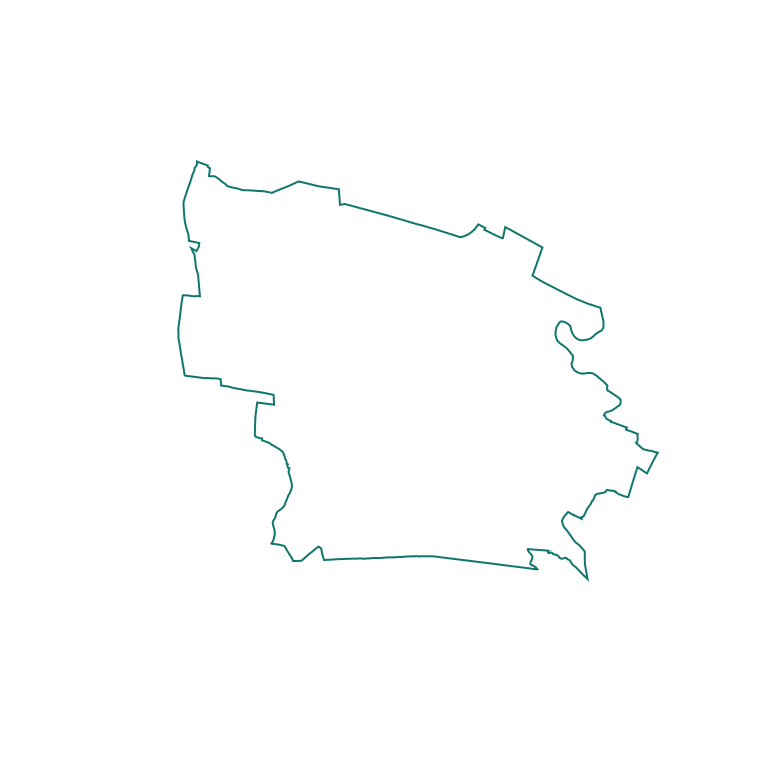 Stolniceni-Prajescu, Iasi, Romania, rotated 31°
{"feature_id": "2599482B99499640370979", "entity_name": "Stolniceni-Prajescu", "entity_type": "district", "adm_level": 2, "iso_a3": "ROU", "parent_name": "Romania", "parent_adm1": "Iasi", "projection": "equal_earth", "projection_center": [26.758, 47.184], "detail": "fine", "context": "isolated", "style": "outline", "palette": "teal", "viewbox_px": 768, "rotation_deg": 31, "n_neighbors": 0, "source": "geoboundaries", "source_scale": "gbopen_adm2", "svg_char_len": 6165}
<svg xmlns="http://www.w3.org/2000/svg" viewBox="0 0 768 768"><g transform="rotate(31 384 384)"><path d="M369.9,578.8L374.0,576.9L377.6,575.5L381.8,574.2L382.5,574.2L387.2,576.9L393.3,580.0L395.6,581.3L397.2,582.6L404.1,578.2L405.0,576.0L407.2,568.8L409.0,564.2L411.5,557.1L414.9,557.3L418.4,561.4L419.8,562.6L422.6,565.2L423.3,565.8L427.3,562.9L428.8,562.2L429.5,561.5L435.0,557.7L439.2,555.0L444.0,551.8L450.8,547.6L453.5,545.7L457.2,543.9L458.0,543.2L461.3,541.0L463.6,539.3L467.3,536.9L468.9,536.1L473.6,532.8L474.9,531.8L477.6,530.0L481.7,527.6L483.6,526.2L487.4,523.7L489.8,521.9L495.8,517.9L501.1,514.5L502.4,514.1L503.6,513.1L509.7,509.4L512.6,507.8L514.4,506.6L570.5,481.7L583.8,475.9L603.5,467.2L610.4,464.3L610.9,463.8L608.9,463.2L607.7,463.0L605.7,462.8L603.4,463.2L602.6,463.2L602.2,463.0L601.9,462.5L601.3,461.1L601.0,457.6L600.7,456.6L600.1,455.5L599.6,455.1L598.6,454.6L597.1,454.0L594.7,453.3L593.1,452.4L592.4,451.7L592.4,451.4L594.8,450.1L596.5,449.4L608.5,443.3L611.0,442.3L610.8,442.9L610.8,443.4L611.3,444.0L611.8,444.1L612.2,444.1L612.7,443.9L614.2,442.2L615.2,442.1L616.4,442.7L616.9,442.7L617.6,442.5L618.8,441.9L620.1,441.6L621.0,441.6L622.8,441.9L623.8,442.4L624.8,442.6L626.0,442.4L627.1,441.7L629.0,439.4L629.8,439.3L631.8,439.7L633.4,439.4L634.5,439.7L637.4,441.2L638.6,441.6L639.8,441.9L642.6,442.2L654.4,445.4L658.9,446.3L654.2,441.0L648.6,434.4L647.4,432.4L646.2,430.6L642.8,424.8L642.3,424.2L638.9,423.0L637.0,422.5L635.8,421.8L629.5,421.0L627.3,420.2L624.5,419.0L616.3,415.3L612.3,414.1L609.3,412.0L607.2,409.8L606.6,407.3L606.7,404.8L607.3,400.9L607.8,398.9L610.6,398.8L614.3,398.8L614.2,398.5L618.6,398.2L623.0,397.8L622.8,397.5L622.2,397.5L622.1,397.2L621.7,397.1L621.7,396.8L622.2,395.8L623.0,395.2L623.2,394.6L623.0,390.5L622.5,388.5L622.6,383.9L622.9,381.7L623.0,379.7L622.6,378.0L622.7,377.0L622.8,376.7L623.0,376.5L623.1,375.5L622.9,374.1L622.4,371.2L622.2,370.7L622.7,369.7L622.9,368.9L625.5,366.4L627.5,364.8L629.3,362.9L629.5,362.6L629.3,361.1L629.4,360.5L629.8,360.0L631.7,359.1L634.1,358.3L634.6,358.0L634.8,357.6L635.8,357.4L637.9,356.9L638.1,357.4L641.5,357.5L642.5,357.4L647.6,356.5L650.7,355.6L651.6,355.0L647.2,337.8L644.1,324.8L648.5,324.9L649.0,324.8L650.6,325.0L655.5,325.2L654.5,313.8L653.9,301.8L651.2,302.8L649.7,303.2L648.1,303.4L645.7,304.5L641.8,305.8L639.8,306.3L638.9,306.3L634.0,305.4L630.2,304.5L630.5,303.9L630.6,303.4L630.6,302.8L630.4,302.0L630.1,301.1L629.1,299.5L627.5,297.2L627.3,296.1L620.2,297.4L614.9,298.6L614.8,298.4L614.6,296.3L608.7,297.4L604.2,298.3L602.2,298.6L599.3,299.2L598.2,299.7L597.6,298.8L596.8,299.0L593.7,299.2L592.5,299.1L590.6,298.2L590.2,297.6L589.0,297.7L588.5,297.5L588.6,294.8L589.1,293.5L591.2,291.5L593.0,289.4L596.8,280.8L596.9,279.4L595.4,276.3L594.8,275.6L594.2,275.4L592.8,275.0L589.3,274.7L581.6,274.3L579.3,274.5L578.3,274.1L577.0,271.9L576.2,270.2L571.1,268.9L561.7,267.4L557.8,267.3L555.2,268.2L552.7,269.7L550.5,271.7L547.6,273.6L543.7,274.4L540.5,274.3L536.4,272.5L534.3,270.1L533.7,266.9L532.5,264.3L531.3,262.5L524.4,259.9L522.1,259.3L517.9,258.7L514.0,258.5L510.2,257.6L507.2,255.1L504.9,252.5L502.6,246.8L502.7,240.9L503.7,239.0L504.9,238.4L506.4,238.0L508.6,237.7L511.2,237.8L513.2,238.2L514.6,239.2L516.7,241.4L519.8,243.8L522.7,245.2L524.3,245.6L527.3,245.9L530.3,245.1L533.1,243.3L535.6,241.0L537.5,238.7L538.5,236.4L539.1,234.5L539.7,232.2L542.1,227.2L543.0,226.0L543.1,223.0L541.8,220.5L540.1,217.6L530.1,207.1L524.4,208.6L520.6,209.2L520.5,209.6L515.2,210.5L505.7,212.0L497.0,212.7L492.5,213.1L489.5,213.2L486.5,213.5L472.4,214.4L470.3,214.6L465.4,214.8L455.5,214.7L449.5,185.4L411.4,186.8L407.1,187.1L410.8,197.7L410.4,198.2L402.8,199.1L390.6,200.1L390.4,198.1L382.6,198.6L382.2,203.1L382.0,204.6L381.1,207.8L379.5,211.7L377.7,214.5L375.7,217.0L374.6,218.3L373.8,218.9L351.7,224.1L335.3,228.4L328.2,230.5L308.8,235.5L302.0,237.3L258.4,249.7L257.9,249.7L254.0,253.1L245.0,240.3L226.1,248.2L206.8,254.2L206.3,254.7L203.2,259.1L200.1,263.7L197.5,267.0L196.9,268.0L196.0,269.0L193.9,271.7L190.8,276.0L189.5,277.9L184.3,279.7L181.3,280.9L174.9,284.3L169.1,287.2L163.6,290.3L161.5,291.0L158.1,291.8L150.9,294.3L147.6,295.0L146.8,294.9L146.1,294.5L145.0,294.3L143.4,294.2L140.2,294.0L137.8,293.4L132.3,293.1L131.0,293.6L129.2,294.6L128.1,295.6L126.9,296.0L123.7,288.6L122.5,288.9L121.4,288.8L120.9,288.4L120.6,288.0L120.5,287.5L110.1,289.5L109.1,289.6L110.0,290.8L110.5,292.0L110.6,292.5L110.7,293.6L110.5,294.9L110.5,296.1L111.4,298.7L112.1,303.5L114.1,311.6L114.9,315.9L116.9,325.2L118.6,331.6L120.5,334.6L127.4,344.5L130.4,348.2L133.7,351.6L138.8,356.1L142.2,360.3L143.1,361.8L147.0,360.4L153.0,358.3L153.1,359.3L154.5,360.9L154.8,366.7L149.0,366.9L150.1,367.6L151.1,368.5L151.9,369.0L153.1,369.7L154.2,370.1L158.9,375.7L161.5,379.4L164.6,382.8L166.8,384.7L168.5,386.3L181.0,403.6L180.1,404.1L178.9,404.6L176.5,406.4L174.3,407.5L170.2,409.2L166.1,411.4L165.9,411.7L169.3,420.1L174.7,432.1L179.1,442.4L182.6,447.8L183.7,449.9L190.7,458.1L196.3,464.9L197.2,465.7L201.5,470.9L205.1,474.9L208.3,478.9L209.2,479.3L226.7,471.6L228.8,470.2L233.7,467.8L234.6,467.1L239.0,464.8L241.8,464.1L242.5,465.5L245.2,469.2L252.3,466.2L255.7,465.3L259.5,464.0L263.8,462.3L270.0,460.1L272.7,458.8L281.1,455.2L287.7,452.7L295.0,450.2L300.4,458.4L284.9,465.2L290.0,477.0L294.3,485.0L299.7,494.5L300.4,494.6L300.8,495.3L301.7,495.3L303.1,494.9L304.7,494.7L306.3,494.0L307.3,493.4L308.4,495.0L315.4,493.7L316.8,493.6L319.3,494.0L321.7,493.6L323.0,493.9L326.0,493.8L327.0,493.7L328.1,493.7L329.7,494.1L332.1,494.2L336.0,497.1L337.5,498.8L338.1,499.2L339.2,499.6L339.9,500.2L341.2,501.9L342.8,502.3L342.4,503.0L344.9,505.3L346.3,504.9L346.8,505.8L347.0,506.8L347.0,507.7L348.5,509.7L350.4,511.1L351.2,512.0L355.9,516.5L357.4,518.6L358.0,519.6L358.5,520.7L358.7,522.0L359.2,523.9L359.4,525.4L359.4,528.8L360.1,532.6L360.5,535.9L361.2,538.9L361.1,541.2L360.8,542.5L360.2,544.3L358.7,547.6L358.4,548.6L358.3,549.5L358.5,551.0L359.4,553.8L359.5,554.6L359.6,559.2L360.3,560.6L360.8,561.2L362.6,563.0L364.6,564.7L365.3,565.5L367.8,569.1L368.3,570.4L368.6,571.7L369.5,574.3L369.8,576.9L369.8,578.2L369.7,578.8L369.9,578.8Z" fill="none" stroke="#0f766e" stroke-width="2"/></g></svg>